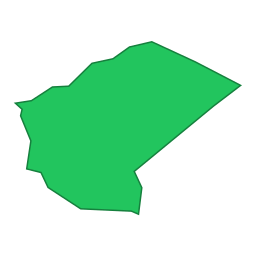 outline of Glascock, Georgia, United States of America
{"feature_id": "52423323B56628554160861", "entity_name": "Glascock", "entity_type": "district", "adm_level": 2, "iso_a3": "USA", "parent_name": "United States of America", "parent_adm1": "Georgia", "projection": "mercator", "projection_center": [-82.63, 33.224], "detail": "fine", "context": "isolated", "style": "filled", "palette": "green", "viewbox_px": 256, "rotation_deg": 0, "n_neighbors": 0, "source": "geoboundaries", "source_scale": "gbopen_adm2", "svg_char_len": 387}
<svg xmlns="http://www.w3.org/2000/svg" viewBox="0 0 256 256"><path d="M240.6,85.4L195.5,62.0L151.8,41.8L129.5,47.0L112.9,58.8L92.0,63.3L68.7,86.2L52.4,87.0L31.4,100.7L15.4,103.2L22.1,109.3L20.6,115.8L30.9,140.9L26.7,168.9L41.0,172.5L48.1,187.5L80.7,208.8L131.3,211.1L138.5,214.2L141.8,187.7L134.2,171.4L213.6,106.0L240.6,85.4Z" fill="#22c55e" stroke="#15803d" stroke-width="1.5"/></svg>